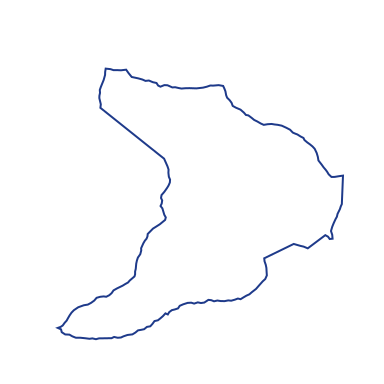 the district of Tapejara, Paraná, Brazil, rotated 262°
{"feature_id": "56859067B72466518477153", "entity_name": "Tapejara", "entity_type": "district", "adm_level": 2, "iso_a3": "BRA", "parent_name": "Brazil", "parent_adm1": "Paraná", "projection": "natural_earth1", "projection_center": [-52.903, -23.641], "detail": "fine", "context": "isolated", "style": "outline", "palette": "blue", "viewbox_px": 384, "rotation_deg": 262, "n_neighbors": 0, "source": "geoboundaries", "source_scale": "gbopen_adm2", "svg_char_len": 2965}
<svg xmlns="http://www.w3.org/2000/svg" viewBox="0 0 384 384"><g transform="rotate(262 192 192)"><path d="M326.2,123.7L322.9,122.7L320.0,122.2L315.2,120.1L308.8,116.4L305.9,114.9L302.9,114.7L300.2,113.7L297.9,113.3L291.5,113.9L288.1,113.0L251.8,147.3L233.4,164.7L228.9,169.0L220.8,171.3L217.5,171.9L214.3,171.3L210.3,171.2L207.3,172.0L204.5,171.4L201.7,169.7L199.4,167.8L196.0,164.6L193.2,161.4L190.4,160.5L187.8,161.3L184.8,160.4L182.5,158.9L179.9,160.4L173.3,161.4L170.5,162.5L168.1,161.5L164.5,155.6L162.4,151.0L161.2,148.3L158.5,144.8L156.6,142.3L154.2,141.7L152.1,140.5L150.4,138.6L148.0,136.7L143.4,133.8L141.2,133.6L137.6,132.1L134.6,129.3L131.8,127.9L128.8,126.8L123.7,125.6L121.2,124.6L118.4,124.2L116.4,123.3L113.0,118.0L111.3,116.1L110.1,113.0L108.9,110.3L107.0,104.4L105.5,100.6L103.0,98.3L101.3,95.7L100.2,92.5L100.9,90.0L101.0,86.5L100.5,82.8L98.1,80.1L96.3,76.7L95.0,73.2L94.9,69.1L93.7,63.3L91.4,58.6L89.3,55.9L86.8,53.6L84.0,51.4L82.1,50.0L80.2,47.7L77.8,45.4L76.7,43.1L76.1,40.2L74.2,43.2L71.3,43.5L68.6,46.6L67.8,50.8L65.8,53.3L63.9,56.6L63.2,61.2L62.1,65.7L60.9,70.1L60.9,73.0L59.6,76.4L60.0,79.5L59.6,82.6L59.1,86.9L58.4,91.9L59.3,94.7L58.0,98.1L57.8,101.4L58.6,104.0L59.4,108.2L59.3,113.2L60.7,116.4L62.5,119.3L62.6,122.6L62.8,125.5L64.7,128.6L64.8,132.0L66.9,134.5L69.4,136.9L69.7,140.4L71.3,143.1L73.1,145.9L75.5,148.8L74.1,151.0L76.2,152.7L77.8,155.6L78.1,158.7L78.7,162.0L81.0,164.0L82.0,167.6L82.8,172.2L82.5,175.8L81.2,178.6L81.9,182.4L80.8,185.4L80.8,188.8L82.9,193.2L82.2,196.0L80.7,198.6L81.0,202.0L80.0,205.3L79.4,209.1L79.6,212.8L78.9,215.7L79.4,219.4L80.1,222.6L79.1,225.2L80.6,228.6L81.8,231.5L82.7,234.6L84.4,237.2L87.1,241.9L90.3,245.6L93.7,249.6L95.6,252.4L99.0,254.5L102.9,254.8L106.5,255.1L109.7,254.9L113.2,254.2L116.3,254.3L126.4,285.5L123.5,292.0L122.4,294.9L120.1,298.8L130.7,318.0L128.8,320.5L126.3,321.8L126.2,324.7L130.1,324.9L134.0,324.2L138.0,326.0L141.3,327.9L145.2,330.4L147.3,332.0L150.1,333.1L154.5,336.1L157.0,337.3L159.2,338.7L187.2,343.8L187.2,339.9L187.1,335.4L187.5,332.2L190.5,329.8L193.3,328.6L195.5,327.4L198.0,325.8L200.9,324.3L205.6,321.6L209.3,321.5L213.3,320.9L217.7,319.5L220.3,317.7L222.8,315.4L225.1,313.0L227.8,310.6L230.0,309.9L231.9,307.2L234.3,304.4L235.5,302.2L236.8,300.1L240.0,297.8L242.5,294.3L245.2,290.1L246.6,286.2L247.4,283.1L248.3,280.3L248.6,276.3L248.5,272.4L250.2,269.7L252.8,266.4L254.7,263.6L257.1,261.4L260.0,258.5L260.8,256.1L263.3,254.5L266.8,251.5L269.4,247.2L271.6,244.3L274.8,243.6L277.6,242.1L280.5,239.9L283.0,239.3L287.1,239.1L290.1,238.4L292.7,237.6L294.1,233.3L294.4,227.9L294.9,224.9L294.2,221.3L293.8,217.4L294.0,210.8L295.2,203.9L295.7,199.7L295.9,196.0L296.8,193.3L298.1,189.9L298.3,187.1L301.1,182.6L301.7,179.5L300.7,175.4L302.1,173.3L304.9,172.0L306.2,168.5L308.4,164.8L308.5,161.4L310.3,158.5L312.0,154.6L314.3,148.3L318.6,145.7L322.3,143.8L322.4,138.6L323.1,134.9L323.6,131.2L325.0,128.4L326.2,123.7Z" fill="none" stroke="#1e3a8a" stroke-width="2"/></g></svg>